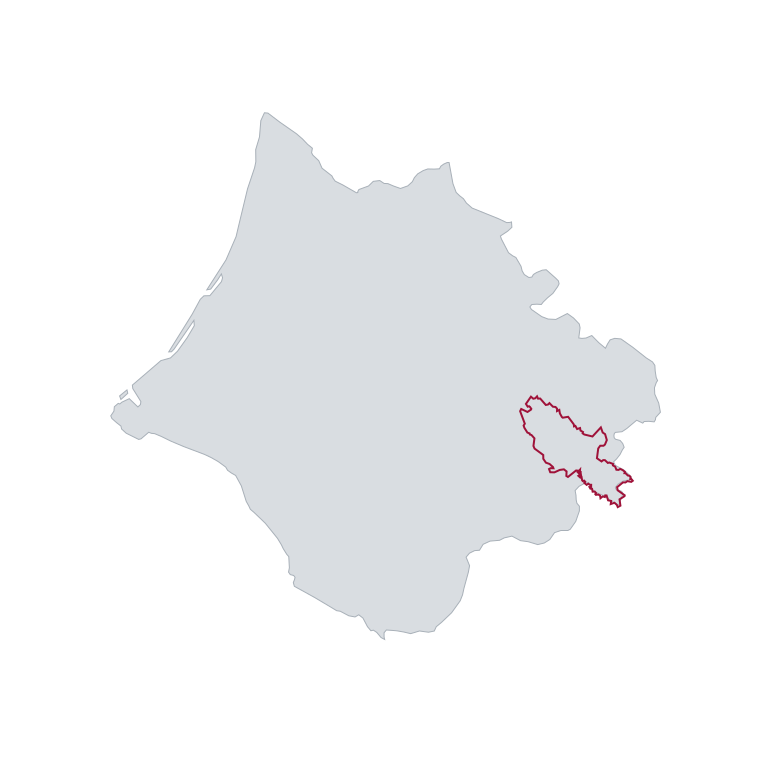 location of Bagoue, Savanes, Ivory Coast, rotated 128°
{"feature_id": "98640826B26044148659027", "entity_name": "Bagoue", "entity_type": "district", "adm_level": 2, "iso_a3": "CIV", "parent_name": "Ivory Coast", "parent_adm1": "Savanes", "projection": "natural_earth1", "projection_center": [-6.474, 9.903], "detail": "medium", "context": "in_parent", "style": "outline", "palette": "rose", "viewbox_px": 768, "rotation_deg": 128, "n_neighbors": 0, "source": "geoboundaries", "source_scale": "gbopen_adm2", "svg_char_len": 5545}
<svg xmlns="http://www.w3.org/2000/svg" viewBox="0 0 768 768"><g transform="rotate(128 384 384)"><path d="M212.9,170.5L215.0,170.4L220.4,168.6L225.3,164.4L229.9,155.8L236.1,148.8L243.0,149.3L245.1,148.1L247.5,147.8L250.4,152.4L253.4,155.9L255.5,156.0L257.0,162.6L269.7,165.3L275.1,167.1L279.7,171.9L281.3,172.0L283.2,171.0L284.7,169.4L285.0,167.5L283.1,163.2L283.9,159.3L286.0,155.8L289.2,155.6L294.2,154.6L299.8,154.6L304.0,155.2L305.7,151.7L304.1,141.9L304.5,136.5L305.2,131.9L306.8,130.1L313.1,135.8L318.8,137.9L322.9,138.1L324.1,137.0L322.3,130.7L322.8,128.8L324.3,127.8L327.0,127.1L334.4,124.6L335.1,125.1L336.5,134.9L335.9,138.1L337.4,144.8L339.3,151.0L339.2,153.6L337.6,157.4L335.8,160.9L336.0,162.4L338.9,164.8L344.5,167.3L350.3,167.8L353.5,164.2L356.9,161.3L359.2,158.6L360.0,154.8L363.7,151.9L374.2,148.3L383.8,147.8L386.2,148.9L390.5,154.4L396.1,158.1L404.5,157.6L410.6,159.8L415.9,164.0L419.5,173.3L423.4,180.0L425.1,189.5L431.2,194.5L436.0,196.7L442.5,203.7L449.3,207.2L456.2,206.4L459.5,210.0L464.7,212.5L469.9,212.7L474.5,204.7L480.5,201.6L495.8,195.2L501.8,192.3L507.9,190.5L522.6,189.9L536.3,191.9L543.1,193.4L547.7,192.3L552.2,196.1L556.8,204.0L560.5,206.6L564.3,209.3L567.2,215.6L570.5,221.8L572.3,224.6L576.4,230.7L580.0,230.8L583.4,228.1L584.9,226.2L585.6,230.2L584.2,236.8L584.5,240.8L586.5,242.4L585.4,247.6L581.4,256.5L581.4,261.8L585.4,263.4L588.3,269.0L590.0,278.6L591.8,281.8L592.0,283.8L594.9,306.9L598.6,330.1L596.3,333.2L593.2,334.1L591.1,335.1L590.5,337.3L591.9,340.5L591.0,343.4L587.1,345.4L578.6,352.8L578.1,355.7L575.8,362.0L573.9,365.8L571.2,372.9L566.8,391.8L565.2,407.4L565.0,412.2L563.3,415.5L561.3,420.3L552.1,433.7L547.4,444.6L548.1,449.4L548.3,454.1L546.9,457.6L547.2,466.8L548.3,474.5L550.0,482.1L556.7,503.6L560.2,516.6L562.4,527.1L564.3,534.1L566.1,537.0L566.9,539.7L576.8,541.7L578.7,543.2L581.5,556.9L581.0,563.1L579.1,565.4L579.1,570.7L578.7,577.2L577.3,579.7L571.7,580.1L567.9,582.5L562.9,581.5L562.4,579.9L559.8,579.4L552.4,575.7L553.6,563.8L550.1,563.3L547.5,564.8L542.3,579.1L539.8,581.6L502.9,574.2L494.9,568.3L485.3,566.9L468.6,567.6L454.8,569.4L450.9,573.0L485.7,570.9L489.4,571.3L491.2,573.4L447.2,578.1L430.4,580.9L425.4,580.2L421.6,575.6L403.4,575.1L399.7,576.6L397.4,579.9L404.6,579.2L415.9,579.0L418.9,581.6L383.5,584.9L358.9,591.3L348.5,596.1L314.2,611.7L293.3,619.1L287.8,621.8L278.3,629.4L266.0,634.2L252.3,643.2L243.9,645.2L242.0,642.3L241.8,627.2L240.7,606.8L241.1,599.0L242.2,591.7L242.3,585.6L246.4,583.4L247.5,580.8L248.2,572.9L252.1,565.7L252.1,553.2L253.3,550.6L254.2,547.3L252.5,539.0L250.3,523.5L249.3,522.5L248.3,523.2L246.2,523.5L237.5,518.1L230.9,517.2L226.3,512.6L225.9,507.4L223.7,504.3L222.1,498.3L219.8,491.4L213.2,487.2L207.1,486.2L202.7,487.1L197.6,486.8L191.7,484.5L187.6,481.9L183.8,476.8L180.3,472.8L177.4,473.3L173.9,472.3L170.5,470.5L169.4,469.1L183.7,453.0L188.6,445.1L189.1,440.3L189.1,435.4L190.7,430.4L191.1,422.8L183.2,395.3L181.3,386.7L179.1,384.2L177.8,383.3L181.8,379.7L187.3,380.6L195.7,383.4L197.5,380.7L203.9,366.7L203.8,361.6L203.1,358.0L206.9,348.5L209.8,344.8L211.4,340.8L210.9,335.4L208.7,333.3L205.7,333.7L202.2,332.4L196.8,329.3L194.1,326.5L194.9,313.9L195.4,310.0L197.3,307.7L200.3,307.1L208.6,306.7L215.4,308.2L221.3,309.0L224.5,309.0L227.0,312.7L230.4,316.5L233.5,316.5L234.5,313.7L233.8,301.2L231.8,294.7L227.3,288.3L215.6,282.9L215.3,275.3L216.5,267.1L219.0,264.1L227.8,258.9L226.2,256.1L223.4,253.1L217.9,250.1L219.2,240.3L219.5,231.5L214.8,232.5L210.0,233.0L206.0,230.3L202.6,225.0L201.9,210.3L202.0,193.4L201.3,186.0L202.6,182.0L206.8,178.3L211.3,173.5L212.9,170.5ZM558.2,581.8L556.2,585.0L546.9,582.9L549.1,580.2L558.2,581.8Z" fill="#d9dde1" stroke="#a8b0b8" stroke-width="1"/><path d="M338.6,165.3L338.7,162.2L336.8,161.7L336.8,159.9L335.9,158.7L337.5,157.5L338.7,158.6L339.4,156.9L338.5,155.5L340.4,153.3L339.0,151.8L339.3,149.8L340.7,149.7L340.9,148.8L339.1,147.0L338.9,145.0L340.7,143.1L337.9,142.4L337.1,140.4L335.6,141.1L334.8,140.0L337.7,135.8L336.3,133.0L339.0,131.4L335.7,129.3L335.9,126.1L337.1,124.0L334.3,122.8L329.9,127.4L324.3,125.4L323.5,125.8L323.9,134.5L321.8,136.8L314.4,135.1L312.9,133.1L310.7,132.4L308.9,128.9L307.1,128.4L306.6,130.6L307.3,131.4L305.5,132.5L305.2,134.1L306.0,135.5L305.6,138.8L306.2,139.6L304.9,140.1L304.9,142.9L305.5,145.6L307.3,146.3L308.5,148.1L306.8,150.9L307.2,153.5L306.0,154.4L307.2,158.2L308.4,159.0L308.0,163.0L309.0,164.4L311.1,164.9L311.4,170.5L302.9,175.5L299.5,175.6L297.5,173.0L295.7,172.6L291.0,173.9L287.4,178.9L287.6,181.8L284.7,186.4L297.0,187.4L300.5,195.1L300.6,197.1L299.3,197.6L299.7,200.5L298.0,202.4L300.6,204.1L299.2,207.4L300.4,208.2L299.0,209.5L296.5,218.7L300.5,222.4L300.5,223.5L298.9,227.3L296.5,229.9L298.8,231.0L296.9,232.4L296.5,234.7L297.9,236.9L297.2,241.9L299.2,242.1L300.9,243.6L299.3,252.0L300.7,253.6L299.5,255.8L302.1,256.0L303.7,257.3L303.5,260.4L312.3,259.9L313.4,256.8L312.2,256.0L312.2,254.9L312.9,252.6L313.7,252.4L317.7,253.7L319.2,260.5L321.6,260.0L328.6,248.6L330.8,248.4L332.1,246.4L334.0,241.1L333.3,238.8L334.0,238.0L333.4,236.4L334.2,232.0L340.8,228.1L342.2,225.6L341.9,214.8L344.9,212.4L346.3,208.0L345.1,204.3L345.4,199.7L346.1,198.6L347.8,200.9L349.4,201.6L351.2,198.7L348.7,195.3L343.5,192.6L340.5,189.7L340.5,186.3L344.2,183.7L344.0,181.8L333.9,179.4L332.3,176.9L330.8,176.8L332.2,175.9L332.2,174.8L332.4,174.7L332.8,176.4L334.2,177.0L334.6,174.1L333.2,174.1L335.2,171.9L335.8,174.0L336.7,174.3L336.9,171.6L335.8,170.9L337.9,168.6L338.1,167.6L336.9,166.8L337.2,165.2L338.6,165.3Z" fill="none" stroke="#9f1239" stroke-width="2"/></g></svg>